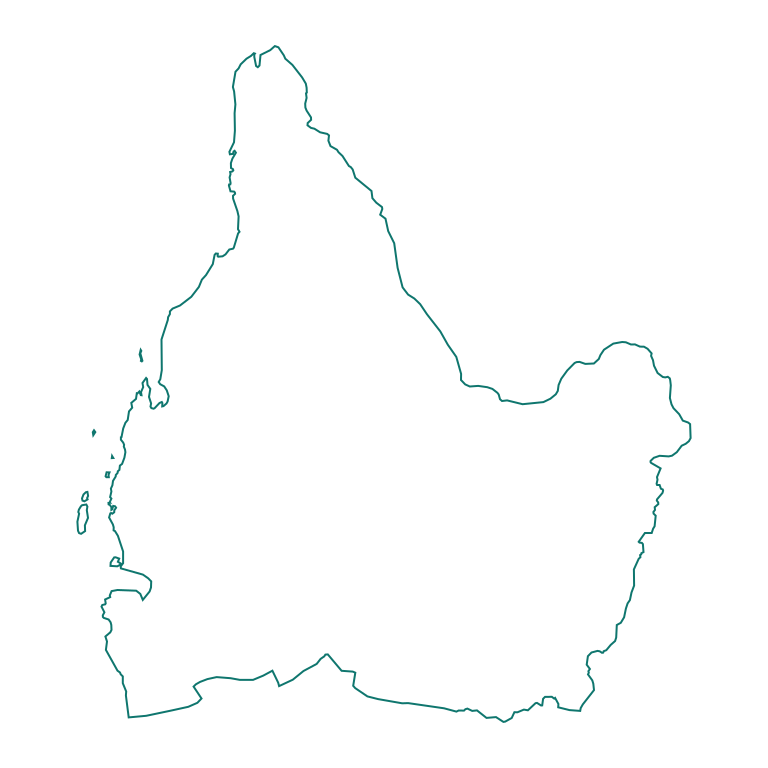 the district of Morombe, Atsimo-Andrefana, Madagascar
{"feature_id": "10022922B72547257848133", "entity_name": "Morombe", "entity_type": "district", "adm_level": 2, "iso_a3": "MDG", "parent_name": "Madagascar", "parent_adm1": "Atsimo-Andrefana", "projection": "albers", "projection_center": [43.782, -21.873], "detail": "fine", "context": "isolated", "style": "outline", "palette": "teal", "viewbox_px": 768, "rotation_deg": 0, "n_neighbors": 0, "source": "geoboundaries", "source_scale": "gbopen_adm2", "svg_char_len": 6076}
<svg xmlns="http://www.w3.org/2000/svg" viewBox="0 0 768 768"><path d="M667.8,376.8L665.3,377.4L662.8,377.0L657.6,373.0L654.0,365.7L653.0,360.2L651.1,355.9L651.6,353.4L647.6,348.8L644.0,346.7L639.9,346.6L635.0,344.4L631.0,344.5L625.9,342.3L622.2,342.0L613.3,343.6L604.0,349.7L600.4,355.1L598.8,359.0L593.9,363.5L585.3,363.9L579.6,361.9L576.6,362.1L574.6,363.0L567.3,370.4L561.3,378.7L558.6,385.0L557.8,390.9L555.8,394.3L550.4,398.7L543.4,402.1L522.6,404.2L507.1,400.4L502.0,401.0L500.0,399.2L498.7,394.5L497.4,392.8L492.4,388.9L487.3,387.2L478.2,385.9L469.8,386.5L465.2,384.4L461.0,380.0L461.1,373.9L456.3,356.9L447.8,344.7L440.3,331.4L427.0,314.3L420.2,304.2L414.3,298.5L408.1,294.6L402.6,287.4L397.6,267.8L394.2,243.2L388.2,231.1L385.5,218.7L380.2,214.7L382.3,209.0L382.0,207.1L376.3,202.7L372.4,198.2L371.5,191.0L355.3,177.7L352.7,169.5L350.8,167.1L348.9,166.0L342.5,156.0L338.5,152.2L337.0,149.8L330.5,146.1L328.4,140.7L329.0,135.4L327.2,133.9L320.1,132.3L314.4,128.7L311.0,127.9L307.5,125.3L307.7,123.0L311.1,119.8L311.0,117.4L306.6,110.6L305.4,107.6L305.2,103.6L306.6,97.9L306.0,93.3L306.8,92.6L306.6,87.7L305.8,83.6L302.1,77.4L292.4,64.9L285.3,58.7L283.8,55.3L278.4,47.3L274.8,46.1L270.3,50.1L260.5,55.0L259.5,65.5L257.8,67.2L256.1,66.0L254.3,57.0L254.3,54.5L254.9,53.6L253.8,53.2L251.0,55.9L246.5,58.7L240.7,64.3L238.6,68.4L235.5,71.7L232.9,87.0L234.1,91.4L235.4,104.4L234.6,113.2L234.9,130.7L234.0,142.3L229.4,151.8L229.9,154.3L232.9,153.9L233.6,151.5L234.6,150.8L235.9,152.7L232.4,158.6L230.9,163.1L231.0,168.0L233.0,169.2L233.3,170.4L232.4,171.4L230.1,172.0L230.5,174.2L229.6,177.4L230.6,183.1L230.3,184.4L229.1,184.5L228.9,185.5L230.5,191.3L234.1,191.6L234.9,192.5L235.1,193.8L233.0,195.8L233.1,198.6L237.4,211.1L238.6,216.4L238.0,229.2L239.5,231.8L238.1,233.4L233.8,247.7L233.0,248.7L229.3,249.5L225.5,254.4L222.6,256.3L218.2,256.7L217.6,256.0L217.8,253.7L215.8,253.5L214.6,254.9L212.8,264.1L206.0,275.1L201.9,279.6L198.9,286.9L191.3,296.8L180.0,305.5L172.6,308.6L169.9,311.4L169.9,314.1L168.1,317.2L167.8,320.0L161.5,339.5L161.8,370.1L160.3,379.2L158.7,382.0L160.2,384.2L164.2,386.4L166.8,390.4L168.7,396.2L167.6,401.5L166.5,403.5L163.5,406.1L162.2,406.4L162.4,403.1L161.8,402.0L159.5,403.0L154.6,408.2L153.6,408.7L151.4,408.1L150.5,406.6L151.1,403.4L149.0,396.9L150.3,388.9L147.5,384.9L147.0,379.0L146.1,378.0L142.5,383.0L143.2,387.1L141.0,392.1L141.5,395.2L140.8,395.1L139.3,391.5L137.4,393.5L136.8,393.3L136.0,398.9L131.3,402.9L132.2,407.7L129.0,411.4L127.7,420.0L125.4,422.8L123.2,428.5L121.5,437.1L120.9,437.3L120.9,439.7L123.2,442.6L124.1,444.8L123.8,446.6L125.0,449.5L125.4,452.2L124.4,457.7L122.1,463.9L119.9,465.6L119.4,469.9L117.8,471.3L117.6,472.9L115.8,475.0L115.7,476.5L113.0,480.9L112.4,485.3L110.9,488.6L111.4,491.5L110.1,497.1L111.4,498.6L109.6,502.4L110.0,502.8L108.5,502.9L108.6,504.4L109.9,505.0L111.4,507.2L111.4,509.8L112.2,509.3L113.2,505.9L115.1,506.3L116.1,507.7L114.3,510.3L114.2,512.3L112.3,513.7L111.1,513.0L110.3,513.4L109.1,517.5L112.9,524.5L113.7,527.3L113.6,530.4L115.0,531.1L117.9,535.8L123.1,551.5L123.1,563.2L120.7,566.4L120.9,568.4L142.9,574.6L148.2,578.3L151.2,581.4L151.0,587.5L149.6,591.5L142.8,599.9L140.3,593.9L136.2,590.7L117.5,590.0L111.6,591.1L109.8,595.4L110.2,597.1L105.1,599.5L105.7,603.4L105.2,604.3L102.3,605.0L101.5,606.6L104.4,612.3L102.8,615.3L102.9,617.0L103.8,617.9L108.6,619.5L110.6,622.3L111.3,625.0L111.5,629.9L110.3,632.3L105.4,636.5L107.0,641.5L105.9,649.9L117.5,670.7L120.0,672.5L120.7,674.3L122.8,676.4L122.8,683.2L126.2,691.5L125.9,695.4L128.7,717.4L146.2,715.8L171.0,710.6L188.3,706.8L197.4,702.8L201.5,698.5L193.6,686.6L195.9,684.3L200.1,681.9L207.4,679.1L216.6,677.1L230.6,678.2L240.0,679.9L253.0,679.9L263.3,675.6L272.4,670.7L278.2,682.7L279.1,686.1L292.8,679.7L303.5,671.0L316.7,663.9L320.6,658.9L324.3,656.3L325.4,654.6L327.8,654.4L341.6,670.8L352.8,671.6L355.3,672.7L353.2,685.8L355.2,688.1L367.4,696.4L378.1,699.1L402.2,703.3L408.1,703.1L444.1,708.3L456.4,711.6L458.7,710.5L464.0,710.6L465.4,709.2L467.4,708.6L472.2,710.9L477.0,710.4L486.5,717.9L496.0,717.1L503.4,721.9L505.2,721.6L511.7,718.0L514.4,712.2L517.4,712.3L523.9,709.6L527.9,710.3L535.5,703.2L537.0,702.9L541.1,705.5L542.2,705.4L543.1,698.8L545.0,696.9L551.8,696.8L554.2,698.6L555.1,697.9L558.4,704.0L558.2,707.3L569.5,710.1L580.2,710.9L580.7,708.1L582.8,704.4L594.0,690.1L593.3,683.7L592.3,680.4L588.0,674.4L588.8,672.7L588.4,671.2L589.9,669.0L586.7,664.7L587.9,656.2L591.5,652.5L597.5,650.9L599.7,651.3L602.0,652.8L603.2,652.6L603.7,651.2L606.3,650.2L610.7,644.9L615.1,641.0L616.2,637.5L616.8,625.0L620.8,622.8L624.1,617.3L625.9,608.6L627.6,603.4L629.9,600.1L631.5,592.5L634.1,585.6L633.9,569.4L638.7,558.8L640.4,557.2L640.1,555.1L641.2,554.4L641.4,553.2L643.5,552.1L642.9,544.1L641.9,542.9L639.5,542.6L638.7,541.8L644.9,533.0L651.7,533.0L653.1,528.7L654.6,526.3L655.7,515.7L653.6,513.6L653.4,512.0L655.0,509.9L654.7,507.2L658.3,504.1L658.2,502.4L656.8,500.6L657.0,499.4L662.5,492.9L663.1,490.7L662.8,489.5L660.9,488.7L659.6,485.0L657.1,485.0L656.6,483.8L657.5,479.7L657.0,477.1L660.6,468.4L651.1,462.9L650.5,462.0L650.6,460.9L653.8,457.8L659.6,455.8L668.7,456.4L672.0,455.7L676.8,452.2L681.7,445.7L685.7,443.8L688.9,441.2L690.6,438.1L690.1,424.1L688.1,422.5L682.8,420.6L679.2,414.2L673.5,408.2L671.5,404.3L669.9,398.0L670.8,385.3L670.2,380.2L669.8,378.4L667.8,376.8ZM81.1,533.8L85.1,531.1L84.9,525.3L88.0,517.9L86.8,510.1L87.4,506.6L86.3,504.5L82.1,505.2L80.9,506.3L78.9,509.6L78.3,512.0L79.1,513.7L77.4,521.7L78.0,530.7L79.1,533.1L81.1,533.8ZM117.3,566.3L120.0,564.9L120.6,563.4L117.9,561.8L119.2,558.6L115.6,557.3L114.2,557.4L110.7,562.5L110.5,565.9L117.3,566.3ZM84.4,501.3L87.6,499.4L87.1,498.1L88.1,495.9L87.4,491.9L85.9,492.2L83.5,494.5L82.0,498.4L82.5,500.6L84.4,501.3ZM109.5,472.4L106.6,472.3L105.6,476.3L106.4,477.2L108.8,477.2L108.5,474.9L109.5,472.4ZM142.4,360.8L140.3,353.3L141.3,350.9L140.7,349.9L139.6,354.5L141.2,359.3L140.9,360.9L141.8,361.4L142.4,360.8ZM93.3,435.2L95.3,432.1L94.0,430.3L92.8,432.2L93.3,435.2ZM111.8,458.1L113.3,458.0L112.1,456.0L111.8,458.1Z" fill="none" stroke="#0f766e" stroke-width="2"/></svg>